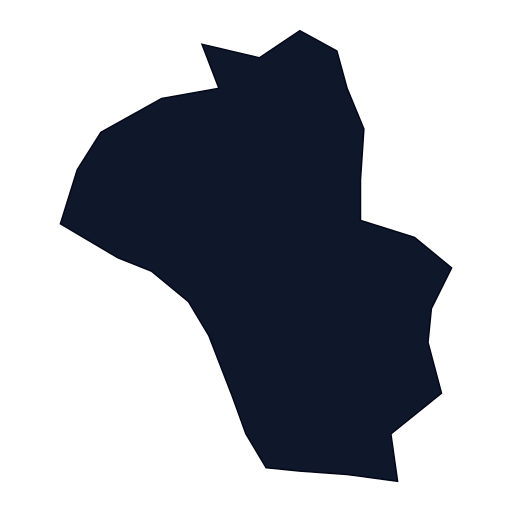 Kanli, Cyprus
{"feature_id": "46923920B42902060181801", "entity_name": "Kanli", "entity_type": "district", "adm_level": 2, "iso_a3": "CYP", "parent_name": "Cyprus", "parent_adm1": "", "projection": "mercator", "projection_center": [33.257, 35.232], "detail": "fine", "context": "isolated", "style": "filled", "palette": "ink", "viewbox_px": 512, "rotation_deg": 0, "n_neighbors": 0, "source": "geoboundaries", "source_scale": "gbopen_adm2", "svg_char_len": 483}
<svg xmlns="http://www.w3.org/2000/svg" viewBox="0 0 512 512"><path d="M397.6,481.3L390.9,433.9L441.5,393.2L428.0,342.4L431.4,308.5L451.6,267.9L414.5,237.4L360.5,220.4L360.5,179.8L363.9,129.0L347.1,88.3L336.9,51.0L299.8,30.7L259.4,57.8L202.0,44.3L218.9,88.3L161.6,98.5L100.9,132.3L77.3,169.6L60.4,223.8L117.7,257.7L151.5,271.2L188.5,301.7L208.8,335.6L232.4,396.6L245.9,433.9L266.1,467.7L299.8,471.1L347.1,474.5L397.6,481.3Z" fill="#0f172a" stroke="#020617" stroke-width="1.5"/></svg>